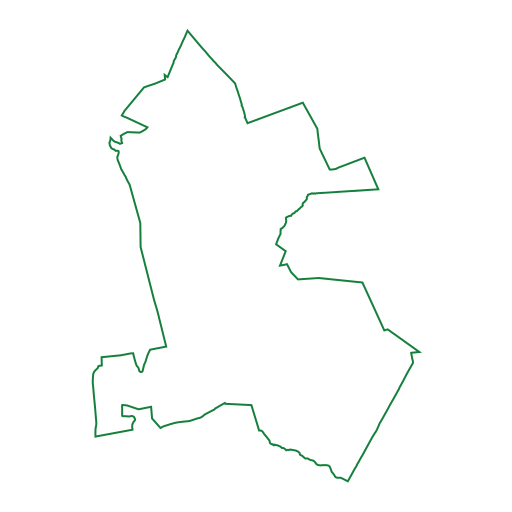 Ndaragwa, Central, Kenya
{"feature_id": "3690345B3969033763932", "entity_name": "Ndaragwa", "entity_type": "district", "adm_level": 2, "iso_a3": "KEN", "parent_name": "Kenya", "parent_adm1": "Central", "projection": "mercator", "projection_center": [36.499, -0.079], "detail": "fine", "context": "isolated", "style": "outline", "palette": "green", "viewbox_px": 512, "rotation_deg": 0, "n_neighbors": 0, "source": "geoboundaries", "source_scale": "gbopen_adm2", "svg_char_len": 6039}
<svg xmlns="http://www.w3.org/2000/svg" viewBox="0 0 512 512"><path d="M387.7,329.4L384.3,330.4L369.0,296.9L362.4,282.5L318.5,278.0L298.0,279.4L291.1,272.2L289.7,269.4L287.0,264.2L283.9,264.9L280.0,265.6L285.7,251.2L276.1,244.3L278.1,238.9L280.6,233.7L280.5,232.1L280.5,231.1L280.8,230.2L280.6,229.2L281.3,228.5L282.2,228.2L284.1,226.3L284.8,225.3L285.2,224.5L285.5,223.6L285.9,222.8L286.1,221.6L286.3,220.1L285.9,219.0L285.9,218.1L286.3,217.3L287.5,216.9L288.6,216.2L289.9,215.9L291.0,215.9L291.5,214.9L292.4,214.0L293.2,213.4L294.3,213.1L294.9,212.3L295.7,211.4L296.8,211.2L298.5,209.4L299.7,208.6L300.4,207.7L301.3,206.9L302.2,206.3L302.8,205.4L302.6,204.2L303.1,202.9L304.4,202.0L305.3,201.0L305.8,200.3L306.4,199.7L306.9,198.8L306.7,197.7L307.0,196.8L307.6,196.0L308.0,194.8L309.3,194.3L310.6,193.9L312.0,193.3L313.1,193.7L314.2,193.3L315.2,193.7L316.2,193.3L378.3,189.3L364.5,157.7L339.2,167.3L338.1,167.7L337.2,168.2L336.4,168.7L335.1,169.1L332.1,169.5L329.7,169.5L319.7,148.6L319.2,144.8L319.1,143.3L318.5,138.7L318.2,136.8L318.1,135.6L318.0,134.6L317.8,133.4L317.7,132.3L317.6,131.4L317.3,128.7L302.8,102.7L247.5,123.2L245.4,118.2L244.7,117.4L245.1,116.6L244.4,113.2L242.6,107.4L242.2,106.6L241.6,105.5L241.8,104.5L240.7,101.0L240.1,98.7L238.9,95.2L238.3,93.2L237.8,91.6L237.3,90.1L236.9,89.0L236.5,88.0L236.2,87.1L235.1,83.4L228.4,76.4L217.0,64.8L215.8,63.3L215.1,62.5L214.3,61.7L213.6,61.1L212.8,60.1L212.1,59.3L211.5,58.6L210.1,57.2L209.3,56.3L207.9,54.6L205.1,51.2L203.0,49.0L198.7,44.0L187.5,30.7L186.1,33.9L185.7,34.8L185.4,35.6L185.1,36.4L184.7,37.3L183.8,39.2L183.3,40.1L182.5,41.9L181.9,43.1L181.4,44.4L181.0,45.5L180.6,46.2L180.2,47.0L179.4,48.6L178.8,49.6L178.2,51.1L177.7,52.3L176.2,55.2L176.1,56.4L175.8,57.5L174.3,60.1L173.9,60.8L173.5,62.8L167.6,77.1L164.7,75.0L165.0,78.5L165.1,79.5L155.1,83.6L152.7,84.4L150.6,85.1L147.6,86.1L144.0,87.4L124.3,111.1L123.8,112.2L123.2,113.2L122.4,114.4L121.8,115.5L123.1,116.2L124.2,116.7L124.9,117.0L125.9,117.3L127.2,117.9L128.1,118.3L147.4,127.3L146.7,128.2L145.8,129.1L144.6,129.9L142.8,131.0L139.7,132.6L127.4,132.1L126.3,132.7L125.0,133.3L123.9,133.8L120.7,135.8L121.0,137.1L121.3,138.0L121.6,138.7L121.3,139.7L121.4,140.8L122.1,143.1L119.9,143.8L118.9,143.1L117.8,142.7L116.8,142.3L114.7,141.6L113.7,141.0L111.9,139.1L110.6,137.7L110.4,139.8L110.1,140.9L109.7,142.0L109.4,142.9L109.6,143.7L109.7,144.6L110.1,145.9L110.7,146.7L111.0,147.7L112.0,148.6L112.9,149.1L114.1,149.4L114.8,150.1L115.8,150.9L117.0,150.7L118.0,150.8L118.6,151.3L118.7,152.4L118.5,153.8L118.0,155.2L117.3,157.0L117.4,158.5L117.7,159.9L118.1,161.1L118.9,162.8L119.9,165.5L120.8,167.9L121.2,169.1L121.6,169.8L122.8,171.9L123.5,173.0L124.6,175.2L125.1,175.9L125.7,176.8L126.4,178.6L127.5,180.9L129.6,184.6L140.3,223.0L140.6,247.0L154.1,300.1L156.7,308.7L158.5,315.4L158.8,316.6L159.3,318.9L160.0,321.6L166.2,346.6L150.1,349.7L148.0,354.0L147.6,355.1L147.2,356.2L146.7,357.8L145.9,360.2L145.6,361.5L144.3,364.3L143.9,365.5L143.7,366.5L142.7,370.7L142.1,371.8L140.8,372.0L139.9,371.6L139.3,371.0L139.0,369.9L138.6,368.3L138.1,367.4L137.5,366.7L136.9,366.0L136.5,365.2L136.0,364.0L135.7,363.0L135.4,362.0L135.1,360.9L134.7,359.8L134.3,357.8L134.0,357.0L133.8,356.1L133.6,355.1L133.4,354.3L133.2,353.3L130.8,353.4L120.8,355.3L101.6,357.2L101.8,365.5L101.0,365.6L99.7,365.8L98.4,366.1L98.2,367.1L97.6,368.2L96.7,369.1L96.0,369.7L95.2,370.5L94.4,371.5L93.9,372.4L93.5,373.3L93.3,374.2L93.1,375.2L92.9,377.7L92.8,380.0L92.8,381.1L92.7,382.0L92.8,382.8L92.9,384.9L93.2,387.3L93.3,388.5L93.6,392.4L95.0,406.9L96.3,422.4L96.3,424.4L96.1,425.6L95.8,427.3L95.7,428.1L95.5,428.9L95.4,433.4L95.5,436.6L99.1,435.9L132.5,429.7L132.5,428.8L132.2,427.7L132.2,425.8L132.3,424.8L132.8,423.2L133.3,422.3L134.9,420.3L135.1,419.1L134.6,418.4L134.3,417.4L133.4,416.5L132.3,416.1L131.4,416.0L130.3,416.3L129.1,416.5L127.8,416.4L126.7,416.3L125.8,416.2L124.7,416.2L123.4,416.2L122.4,416.1L122.1,415.2L122.2,412.9L122.1,405.8L122.3,405.0L124.7,405.2L125.9,405.3L127.2,405.5L138.6,409.3L151.1,406.8L152.1,418.6L153.0,419.5L160.5,428.0L161.4,427.5L162.6,426.8L163.4,426.4L164.2,426.1L167.8,425.0L170.8,424.0L172.8,423.5L174.9,422.9L176.1,422.7L177.2,422.4L181.3,421.9L182.1,421.8L183.0,421.7L188.9,421.1L189.9,420.9L196.8,418.6L197.8,418.3L198.7,418.1L199.5,417.9L200.5,417.6L201.6,417.0L202.5,416.4L203.6,415.5L204.3,414.9L205.0,414.4L205.9,413.9L211.2,411.1L213.2,410.1L214.5,409.4L215.2,408.5L222.5,404.3L224.9,403.0L225.3,403.8L251.4,405.1L259.1,430.5L260.2,430.5L261.4,430.7L262.2,431.3L262.9,432.1L264.3,434.2L265.7,435.9L266.3,436.5L266.9,437.3L267.6,438.2L268.4,439.3L269.2,440.2L269.7,441.3L269.9,442.9L270.6,443.6L271.5,444.2L272.6,444.2L273.2,445.0L274.0,445.3L274.7,444.6L275.6,445.0L277.4,445.3L278.2,445.6L278.9,446.0L280.3,446.5L281.8,447.9L283.1,448.0L283.8,448.2L285.1,449.1L286.3,450.3L287.9,449.8L289.0,450.0L290.4,449.5L291.4,449.8L292.2,449.9L293.4,450.1L294.7,450.4L295.7,450.5L297.7,451.4L298.7,452.1L299.7,453.2L299.9,454.3L300.3,455.0L301.2,455.3L302.3,455.9L303.2,456.7L304.6,458.0L305.7,458.6L307.0,458.4L308.0,458.6L309.2,459.4L310.4,460.0L311.3,460.2L312.1,460.3L313.1,460.6L314.0,461.1L316.1,463.5L316.5,464.3L317.6,464.8L318.8,465.2L320.0,465.3L321.3,465.4L322.4,465.1L324.1,465.2L324.9,465.1L326.1,465.1L328.1,465.5L328.8,465.8L329.6,466.4L330.0,467.3L330.3,468.0L330.7,469.0L331.1,469.9L331.3,470.6L331.6,471.7L333.0,473.4L333.7,474.3L334.3,475.1L334.9,476.2L335.5,477.1L336.6,477.6L337.9,477.8L340.0,477.7L341.1,477.9L347.8,481.3L349.5,478.3L351.1,475.4L355.0,468.3L356.3,466.4L357.0,464.7L357.9,463.1L358.9,461.5L359.6,460.1L361.4,456.9L362.4,455.3L372.0,437.7L373.5,435.2L374.9,433.0L375.7,431.9L377.0,429.5L378.1,427.0L379.8,423.0L382.3,418.9L384.4,415.1L388.0,408.7L389.8,405.2L392.1,401.2L393.5,398.8L394.0,398.0L394.3,397.2L395.0,396.1L396.3,393.8L397.3,391.9L398.8,389.3L399.5,387.6L403.1,381.0L407.0,373.5L412.3,364.1L412.9,363.1L413.0,362.2L412.8,360.8L412.2,358.5L411.7,355.8L411.4,354.1L411.2,352.8L419.3,352.0L412.9,347.4L387.7,329.4Z" fill="none" stroke="#15803d" stroke-width="2"/></svg>